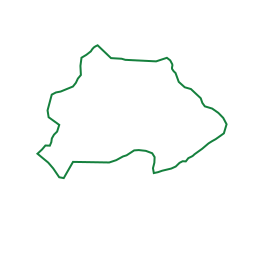 map outline of Kayseri (Natural Earth projection), rotated 35°
{"feature_id": "TUR-2287", "entity_name": "Kayseri", "entity_type": "Province", "adm_level": 1, "iso_a3": "TUR", "parent_name": "Turkey", "parent_adm1": "", "projection": "natural_earth1", "projection_center": [35.883, 38.542], "detail": "fine", "context": "isolated", "style": "outline", "palette": "green", "viewbox_px": 256, "rotation_deg": 35, "n_neighbors": 0, "source": "natural_earth", "source_scale": "10m", "svg_char_len": 1083}
<svg xmlns="http://www.w3.org/2000/svg" viewBox="0 0 256 256"><g transform="rotate(35 128 128)"><path d="M68.6,201.0L69.9,194.9L70.4,189.7L74.1,187.3L73.3,183.6L71.6,180.2L71.2,175.9L72.0,171.6L69.9,164.9L56.8,164.7L52.0,159.7L46.4,144.4L48.6,140.2L51.9,136.8L59.1,125.6L59.4,120.9L58.6,116.3L59.0,111.6L53.4,104.4L49.6,97.1L51.9,92.0L53.6,86.5L53.5,84.1L53.8,81.6L54.6,79.6L55.7,77.7L74.0,80.5L83.1,74.9L86.7,73.7L112.8,57.3L119.6,48.2L123.8,48.4L127.7,50.4L128.5,51.3L129.5,53.5L130.2,54.3L132.8,55.3L135.4,55.7L143.1,61.1L151.1,62.1L157.2,60.0L170.5,61.9L174.5,64.8L178.5,66.2L185.8,63.8L193.3,63.8L200.2,65.1L206.6,68.4L209.6,77.4L206.2,86.9L204.4,90.6L202.8,94.4L200.7,102.4L197.5,111.5L197.2,113.2L196.6,114.7L194.7,118.1L194.5,122.2L191.8,123.9L190.2,127.0L189.2,132.2L186.7,136.4L180.5,143.4L177.9,147.0L175.0,150.1L171.5,146.6L169.5,141.3L166.5,136.6L162.3,134.8L155.7,136.5L149.5,139.9L145.9,142.8L142.5,151.2L140.2,154.2L136.8,161.1L132.4,167.0L102.4,187.3L104.1,205.9L99.9,207.8L89.9,204.0L82.5,202.1L68.6,201.0Z" fill="none" stroke="#15803d" stroke-width="2"/></g></svg>